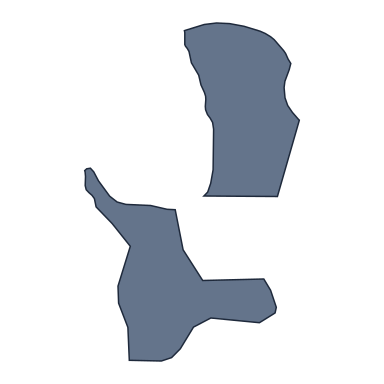 the Province of Agusan del Norte
{"feature_id": "PHL-2587", "entity_name": "Agusan del Norte", "entity_type": "Province", "adm_level": 1, "iso_a3": "PHL", "parent_name": "Philippines", "parent_adm1": "", "projection": "mercator", "projection_center": [125.494, 9.026], "detail": "fine", "context": "isolated", "style": "filled", "palette": "slate", "viewbox_px": 384, "rotation_deg": 0, "n_neighbors": 0, "source": "natural_earth", "source_scale": "10m", "svg_char_len": 1122}
<svg xmlns="http://www.w3.org/2000/svg" viewBox="0 0 384 384"><path d="M203.9,196.0L207.7,192.1L210.7,183.3L213.1,169.8L213.6,129.2L212.6,122.5L210.2,118.2L207.5,114.6L205.6,109.8L205.3,106.4L205.8,99.5L205.6,96.2L204.4,92.4L201.0,85.0L198.7,75.2L191.4,62.8L189.0,51.5L187.3,48.5L185.5,46.2L184.8,44.6L184.8,32.6L184.4,30.6L204.2,24.5L216.5,23.0L229.6,23.6L244.1,26.3L260.1,31.2L265.3,33.5L270.7,36.8L274.2,39.7L283.7,50.7L285.6,53.5L288.1,59.1L290.8,63.5L289.2,69.7L284.9,81.3L284.1,87.6L285.0,97.8L287.7,105.5L292.4,112.4L299.2,120.2L299.3,120.2L299.3,120.3L277.4,196.5L203.9,196.0ZM84.7,170.6L86.7,168.8L90.4,168.2L93.7,171.8L98.5,180.9L109.7,196.2L117.1,202.0L125.9,204.4L150.6,205.5L167.1,209.3L175.2,209.7L183.1,249.8L202.7,280.5L263.8,279.0L270.6,290.3L276.3,307.3L275.1,312.9L275.0,313.0L261.7,321.3L259.4,322.7L210.8,318.0L193.5,327.1L180.3,348.8L171.6,357.6L161.4,361.0L129.3,360.3L127.9,327.4L118.6,303.2L118.0,286.1L130.3,246.3L112.2,223.6L96.1,206.9L94.4,198.6L92.0,195.3L88.9,192.6L86.2,189.7L85.2,185.6L85.5,176.5L85.1,172.0L84.7,170.6L84.7,170.6Z" fill="#64748b" stroke="#1e293b" stroke-width="1.5"/></svg>